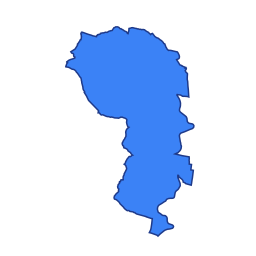 Barbatesti, Gorj, Romania, rotated 12°
{"feature_id": "2599482B4781190450425", "entity_name": "Barbatesti", "entity_type": "district", "adm_level": 2, "iso_a3": "ROU", "parent_name": "Romania", "parent_adm1": "Gorj", "projection": "natural_earth1", "projection_center": [23.486, 44.864], "detail": "fine", "context": "isolated", "style": "filled", "palette": "blue", "viewbox_px": 256, "rotation_deg": 12, "n_neighbors": 0, "source": "geoboundaries", "source_scale": "gbopen_adm2", "svg_char_len": 5786}
<svg xmlns="http://www.w3.org/2000/svg" viewBox="0 0 256 256"><g transform="rotate(12 128 128)"><path d="M179.8,227.5L181.6,224.8L184.7,221.0L185.6,220.1L187.7,218.8L189.8,218.1L192.2,216.9L192.6,216.5L192.9,215.8L193.0,215.3L193.0,214.8L192.7,214.4L192.2,213.9L191.5,213.6L188.2,213.2L187.5,213.0L186.6,212.4L186.1,211.6L185.6,210.6L185.2,208.6L184.9,207.8L184.5,207.2L183.9,206.6L182.6,206.0L181.2,206.1L180.5,206.3L179.6,206.1L177.6,205.1L175.7,204.4L175.0,204.0L174.6,203.3L173.9,201.9L173.6,201.2L173.5,199.8L173.5,199.1L173.7,198.2L174.0,197.6L174.4,196.9L176.8,194.7L178.7,192.7L180.0,191.6L180.3,190.8L180.4,190.2L180.8,189.6L182.2,188.6L183.9,188.0L185.8,187.6L186.6,187.3L187.4,186.6L187.6,186.2L187.7,185.4L187.6,182.7L187.6,181.0L188.3,179.4L189.3,178.3L190.0,177.2L191.1,173.7L190.5,171.4L190.1,170.7L188.7,168.6L187.3,166.4L186.9,165.5L186.6,163.9L186.9,163.8L187.4,164.0L187.7,165.1L188.2,165.6L188.9,165.5L189.4,166.0L191.1,166.8L191.8,167.2L192.6,168.0L193.1,168.9L193.2,169.4L195.2,169.8L195.9,170.4L201.7,170.8L201.7,169.3L201.4,165.0L201.4,163.7L200.7,155.8L198.2,155.9L197.7,150.5L195.4,150.6L195.0,148.3L194.5,147.0L194.3,145.2L193.8,143.5L186.8,143.8L179.4,143.6L180.7,142.6L182.0,141.8L182.5,140.9L183.2,139.9L183.9,138.5L184.2,136.9L184.0,134.6L183.6,134.0L183.3,133.7L182.6,131.6L182.0,130.5L180.1,125.7L179.8,124.6L179.9,123.6L180.3,122.7L180.9,121.9L184.3,119.8L189.1,116.4L190.5,115.6L191.3,115.0L192.1,113.6L192.0,112.1L191.2,111.1L190.4,110.7L189.7,110.6L186.8,110.7L185.5,110.1L184.6,109.2L183.6,106.2L182.5,104.8L180.6,103.8L176.6,101.9L176.0,101.6L175.3,101.0L174.8,100.4L174.5,99.1L174.5,97.3L174.7,96.6L174.7,96.2L174.6,95.0L174.2,92.8L173.8,91.8L172.9,90.1L171.9,88.7L169.0,85.6L169.0,85.3L169.1,85.0L170.7,85.0L172.4,84.8L173.8,85.2L174.5,85.6L175.6,85.5L176.2,85.3L179.2,84.9L180.3,84.9L181.0,85.0L179.1,78.2L177.9,74.5L176.7,70.1L175.8,68.0L175.3,65.3L175.0,63.2L174.9,62.6L174.3,62.0L173.2,61.5L172.4,60.4L172.0,60.1L172.7,58.3L172.7,57.8L172.3,57.6L171.3,57.5L171.8,56.8L171.7,56.8L168.3,56.2L168.1,56.2L168.0,55.9L167.8,55.8L165.5,55.4L163.7,53.4L161.7,51.5L161.3,51.0L162.6,50.2L163.3,49.5L163.6,48.8L163.5,47.5L162.9,46.2L161.4,44.2L160.4,43.3L157.6,43.3L153.8,43.2L152.3,43.4L151.4,43.7L150.3,42.9L149.9,42.8L148.8,41.4L148.3,41.0L146.5,38.1L145.4,37.9L145.2,37.7L144.7,37.0L142.5,35.5L141.6,35.3L140.1,34.5L138.9,33.9L137.2,33.7L135.7,33.1L135.1,32.8L132.3,30.4L131.2,31.0L130.8,31.8L130.6,31.6L129.3,31.1L128.2,30.2L126.0,29.6L123.7,28.5L122.4,28.5L121.6,28.7L120.8,29.0L119.9,28.8L118.5,29.1L117.5,28.9L116.6,29.1L115.5,28.9L114.4,29.0L111.8,28.9L110.6,29.2L109.5,29.9L108.5,30.3L108.3,30.4L108.3,30.8L108.6,32.6L108.4,34.4L108.5,35.7L108.3,35.7L107.8,35.6L106.7,34.4L106.1,34.1L104.6,33.9L102.4,32.9L101.2,32.7L100.5,32.3L100.0,32.5L99.3,32.4L98.4,31.6L97.7,31.5L97.1,31.2L95.0,31.6L94.1,32.5L93.4,32.8L93.2,33.6L92.9,34.0L92.7,34.6L92.3,35.8L92.1,36.0L91.1,36.3L90.2,36.9L89.5,37.1L87.7,38.8L87.3,38.9L86.0,39.0L84.5,40.0L83.3,40.3L82.5,40.6L82.1,41.0L81.4,41.1L81.3,41.8L80.7,42.3L79.8,42.6L79.0,43.0L78.9,43.1L78.9,43.6L78.6,43.6L78.2,44.2L77.9,44.9L78.1,45.2L77.9,45.3L77.7,45.2L76.2,45.1L75.8,45.2L74.1,45.1L73.2,44.9L69.4,44.6L63.4,43.8L62.9,43.9L63.1,44.3L62.6,44.4L62.4,44.7L62.3,45.5L62.5,46.1L63.0,46.5L63.1,47.6L63.5,48.2L63.4,48.6L63.6,49.1L63.6,49.9L63.7,50.4L63.5,50.9L63.6,51.4L63.0,51.6L62.5,53.7L62.0,54.4L61.9,55.1L61.1,56.5L61.4,56.8L61.3,57.7L60.0,61.3L59.7,61.9L56.2,65.3L57.3,66.4L58.9,66.6L59.3,67.0L59.5,67.2L59.8,68.5L60.1,69.2L60.4,69.4L61.3,69.6L61.4,70.7L58.9,72.3L58.3,72.5L57.2,73.2L56.6,73.7L56.1,74.0L55.5,74.6L55.0,75.4L54.4,75.9L54.3,76.2L54.4,76.3L55.3,76.8L55.1,77.0L54.9,77.2L54.6,78.7L54.6,79.9L54.3,80.4L54.3,80.5L54.6,80.6L54.6,81.1L57.0,81.0L58.2,81.2L60.6,82.0L61.4,82.1L62.2,82.0L63.5,82.2L65.1,83.1L65.7,83.9L67.0,84.8L68.7,86.3L70.3,88.0L71.3,88.6L72.1,89.9L72.6,91.4L73.1,92.3L73.4,93.4L75.3,97.2L75.9,99.1L76.4,99.9L78.1,101.6L78.2,102.1L77.9,102.4L80.7,105.3L83.7,109.2L95.6,117.2L95.8,118.0L95.8,118.3L95.5,118.5L95.6,118.8L95.6,119.4L96.7,119.2L97.9,119.9L98.1,120.4L99.2,120.8L100.6,120.3L103.4,120.9L104.5,121.1L105.8,121.1L106.6,120.9L108.6,121.1L109.0,121.0L109.4,120.7L111.1,120.7L112.6,120.9L114.1,120.7L115.9,120.4L116.7,120.4L117.9,119.6L118.4,119.0L120.1,118.6L121.6,118.9L123.0,119.0L124.0,119.3L125.0,119.9L125.2,120.4L125.4,122.8L126.2,124.6L127.5,126.7L127.9,127.0L128.7,127.1L127.2,129.1L126.7,130.5L126.6,132.5L127.3,134.5L127.7,136.8L127.1,138.4L127.0,139.3L126.2,141.0L125.8,142.9L125.5,143.7L125.6,144.8L126.5,146.2L126.8,146.4L127.4,146.6L127.8,147.7L128.2,148.3L129.1,148.3L131.0,148.7L132.2,149.5L132.8,150.4L133.1,150.5L134.5,151.2L135.6,151.5L136.1,152.3L137.6,153.4L138.1,153.6L137.6,153.9L136.9,154.8L136.5,155.4L135.2,155.6L134.9,155.9L134.4,157.0L133.6,158.5L133.1,160.2L132.7,161.5L132.7,162.5L132.5,163.2L132.3,163.7L131.8,164.2L133.0,164.8L133.6,165.2L135.0,167.6L135.1,168.3L135.1,168.7L134.1,172.6L133.8,173.3L133.9,174.5L133.6,175.9L133.5,176.0L133.4,176.2L133.6,178.0L134.1,179.6L133.8,179.9L133.2,179.8L131.9,180.2L131.8,181.7L131.5,182.2L130.9,182.2L130.8,182.7L130.8,183.0L131.2,183.5L131.1,184.0L130.4,184.9L130.1,185.6L130.2,186.7L130.0,187.3L130.4,188.6L131.4,189.5L131.7,189.6L131.7,189.9L131.6,190.8L132.0,192.0L131.8,192.5L131.4,193.1L130.1,194.8L129.3,196.5L129.3,196.8L128.8,197.4L128.9,198.1L128.8,198.9L129.3,200.1L129.8,200.4L131.4,200.5L133.1,201.4L135.0,202.6L136.0,203.8L140.1,206.4L141.0,207.3L142.3,208.1L144.1,208.9L144.6,209.0L145.9,208.6L146.2,208.6L147.2,209.2L150.3,209.0L151.5,209.5L152.3,209.3L152.9,209.8L154.3,210.3L164.4,210.9L164.4,211.1L170.0,211.7L170.6,211.6L171.1,216.5L171.4,221.4L171.3,223.2L170.6,225.9L172.9,226.0L178.0,226.7L178.9,226.9L179.8,227.5Z" fill="#3b82f6" stroke="#1e3a8a" stroke-width="1.5"/></g></svg>